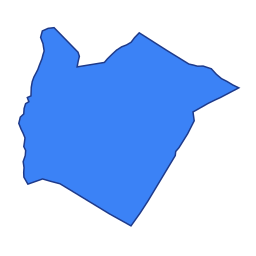 outline of Pedrão, Bahia, Brazil, rotated 182°
{"feature_id": "56859067B19486192876927", "entity_name": "Pedrão", "entity_type": "district", "adm_level": 2, "iso_a3": "BRA", "parent_name": "Brazil", "parent_adm1": "Bahia", "projection": "mercator", "projection_center": [-38.628, -12.125], "detail": "fine", "context": "isolated", "style": "filled", "palette": "blue", "viewbox_px": 256, "rotation_deg": 182, "n_neighbors": 0, "source": "geoboundaries", "source_scale": "gbopen_adm2", "svg_char_len": 1049}
<svg xmlns="http://www.w3.org/2000/svg" viewBox="0 0 256 256"><g transform="rotate(182 128 128)"><path d="M226.1,68.4L211.6,74.1L203.3,72.0L194.0,69.9L143.3,41.4L121.6,30.3L113.0,43.3L105.6,55.6L79.8,102.1L79.5,106.2L76.4,110.1L68.2,124.3L62.1,137.5L63.6,146.3L48.8,155.4L41.9,159.1L36.7,161.7L18.7,172.0L25.0,174.8L30.7,178.0L36.3,180.6L41.5,184.7L46.8,190.1L55.0,192.5L60.8,192.2L64.9,193.2L69.3,194.0L91.6,206.7L120.1,223.5L124.6,218.5L127.9,213.8L132.3,211.0L137.2,208.9L142.2,205.4L146.5,201.1L150.8,196.6L153.9,192.7L181.0,187.3L180.1,193.1L179.1,197.9L180.6,202.0L205.4,225.7L211.3,224.8L217.0,222.0L218.5,215.5L215.9,209.3L214.5,202.0L215.6,198.0L216.4,194.2L218.6,188.1L220.2,183.2L221.9,179.6L223.8,175.7L225.3,171.1L226.1,165.3L226.1,161.2L226.1,156.7L229.7,154.9L228.0,150.8L231.2,148.7L232.5,143.9L232.7,138.4L236.0,135.1L237.3,128.8L234.9,123.3L232.7,119.2L230.6,114.5L231.0,110.1L231.5,105.8L229.5,102.0L229.7,96.9L231.6,90.7L230.5,84.7L230.7,79.9L230.3,75.2L226.1,68.4Z" fill="#3b82f6" stroke="#1e3a8a" stroke-width="1.5"/></g></svg>